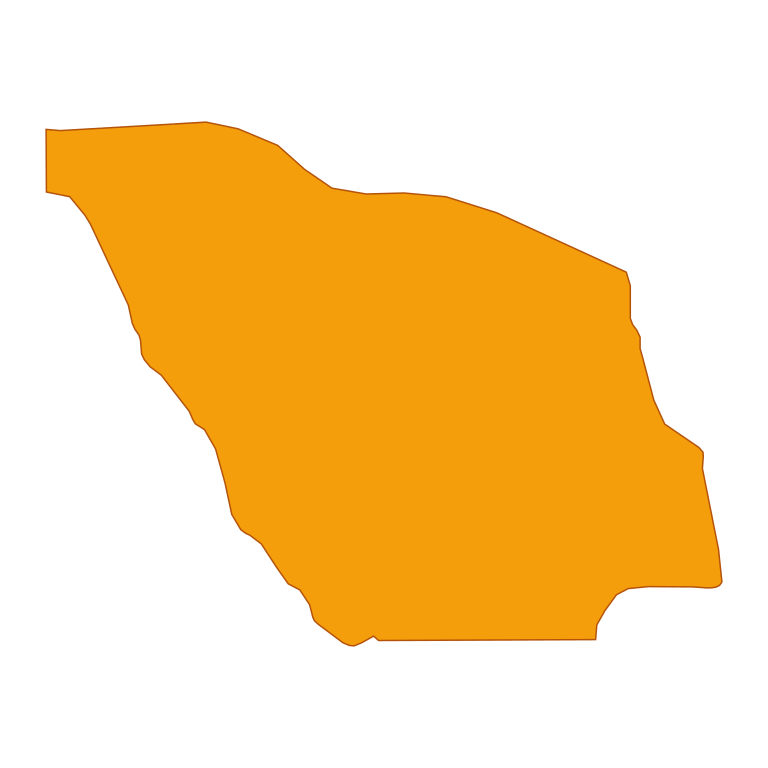 map outline of Zou (Mercator projection)
{"feature_id": "BEN-2178", "entity_name": "Zou", "entity_type": "Department", "adm_level": 1, "iso_a3": "BEN", "parent_name": "Benin", "parent_adm1": "", "projection": "mercator", "projection_center": [2.113, 7.272], "detail": "fine", "context": "isolated", "style": "filled", "palette": "amber", "viewbox_px": 768, "rotation_deg": 0, "n_neighbors": 0, "source": "natural_earth", "source_scale": "10m", "svg_char_len": 1061}
<svg xmlns="http://www.w3.org/2000/svg" viewBox="0 0 768 768"><path d="M46.4,192.0L46.1,129.4L60.3,130.6L206.1,122.1L238.3,128.9L277.7,145.4L304.6,169.4L332.0,188.2L366.1,194.0L404.1,193.0L446.1,196.8L497.0,212.9L626.3,272.2L630.3,285.8L630.3,318.3L632.7,324.8L636.8,330.2L640.1,337.2L640.1,348.6L642.5,357.1L653.8,400.1L664.7,424.1L698.9,447.5L703.0,452.2L703.3,456.3L702.4,468.5L718.5,549.4L721.9,581.8L721.7,582.2L721.1,583.3L719.5,585.4L716.3,587.0L712.1,587.8L706.8,587.9L693.0,586.9L648.3,586.6L628.1,588.6L616.5,594.7L604.8,610.8L596.8,624.9L595.6,639.6L378.6,640.5L373.6,636.1L361.6,642.8L354.0,645.9L349.3,645.4L343.0,642.8L318.4,624.4L314.5,620.8L312.9,617.5L309.6,604.7L299.8,589.9L288.2,583.8L276.5,567.2L261.3,543.9L249.8,535.2L245.7,533.3L240.8,529.7L231.8,514.5L225.0,482.9L215.6,449.0L204.5,429.6L195.3,423.8L192.7,419.3L189.2,411.2L161.3,375.2L150.1,366.8L144.4,359.8L141.6,354.0L140.5,340.3L139.1,335.3L135.0,329.3L132.4,323.6L128.3,305.0L90.5,224.3L85.0,215.3L69.7,196.7L46.4,192.0Z" fill="#f59e0b" stroke="#b45309" stroke-width="1.5"/></svg>